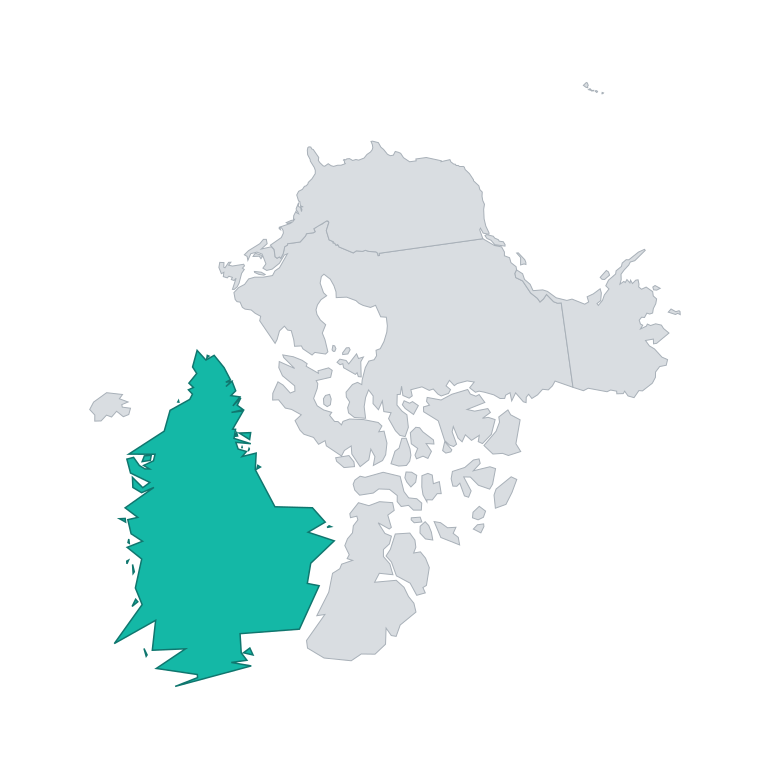 map of Greenland with Canada, United States of America and Iceland greyed out, rotated 172°
{"feature_id": "GRL", "entity_name": "Greenland", "entity_type": "country or territory", "adm_level": 0, "iso_a3": "GRL", "parent_name": "North America", "parent_adm1": "", "projection": "mercator", "projection_center": [-41.68, 71.708], "detail": "medium", "context": "with_neighbors", "style": "filled", "palette": "teal", "viewbox_px": 768, "rotation_deg": 172, "n_neighbors": 3, "source": "natural_earth", "source_scale": "50m", "svg_char_len": 14234}
<svg xmlns="http://www.w3.org/2000/svg" viewBox="0 0 768 768"><g transform="rotate(172 384 384)"><path d="M265.9,514.1L255.4,505.8L248.5,503.4L246.4,498.0L246.9,494.2L242.1,491.6L241.4,486.5L236.9,481.8L236.8,478.5L238.9,475.3L238.8,471.1L232.4,466.8L226.1,453.7L220.1,447.4L218.1,443.5L214.3,446.0L210.6,450.1L204.6,441.9L200.9,439.8L197.2,439.6L197.3,354.4L214.2,363.1L217.5,358.7L222.1,355.3L227.7,356.7L233.4,351.9L239.6,349.1L242.2,353.7L245.0,351.1L245.9,345.8L248.5,347.0L254.9,356.9L259.9,349.5L260.4,357.8L265.1,356.0L266.5,352.9L271.1,353.5L276.8,358.0L285.7,361.9L290.9,363.7L294.6,363.1L299.7,368.3L294.4,373.4L301.2,375.5L311.4,374.3L314.6,372.6L318.7,378.5L322.8,373.5L318.9,369.2L321.4,365.7L329.0,364.2L332.1,366.6L335.9,372.2L340.1,371.4L346.8,375.9L358.2,374.6L357.7,368.3L361.1,366.5L366.9,370.0L366.9,379.4L369.3,371.5L372.4,371.7L374.1,361.3L370.0,354.7L365.6,350.3L365.9,337.7L370.4,329.0L375.4,330.9L379.2,336.2L384.3,349.1L381.0,354.6L388.0,356.7L388.0,367.5L393.1,359.3L397.6,366.1L396.4,373.7L400.1,380.3L404.1,373.2L406.8,364.3L407.0,352.6L418.0,355.0L423.1,360.3L423.3,365.6L420.5,371.0L423.1,376.4L422.7,381.2L415.3,387.9L410.0,389.3L406.1,386.5L405.0,391.2L400.2,402.9L395.8,408.8L390.4,409.4L387.4,413.0L387.2,418.5L382.8,419.5L378.1,426.1L374.0,435.0L372.6,441.1L372.4,449.8L377.9,451.0L381.4,463.1L386.7,461.7L393.7,464.7L397.5,467.3L400.2,470.5L408.9,475.2L419.3,476.2L418.7,481.9L419.9,488.3L422.6,495.3L428.2,501.1L431.1,499.1L433.2,492.8L431.2,482.8L428.5,479.4L434.6,476.3L438.9,471.6L441.0,466.9L440.7,462.2L438.1,456.2L433.5,450.8L438.0,443.0L436.3,436.1L435.1,423.7L437.7,421.8L448.1,424.9L451.2,422.7L459.4,430.1L460.5,433.2L467.3,433.8L467.2,440.3L468.4,449.7L471.9,450.8L474.6,455.1L480.1,451.1L483.7,442.9L486.2,439.4L498.3,463.9L496.7,468.2L501.8,472.0L505.2,475.8L511.2,477.5L513.6,479.6L515.1,485.1L518.1,486.0L519.6,488.4L519.9,495.4L514.4,499.8L508.2,502.0L503.4,506.9L497.0,507.8L488.9,506.6L479.3,506.9L476.2,511.2L471.3,513.7L461.5,526.4L464.8,525.5L470.8,518.1L478.8,513.3L484.4,512.8L487.8,515.6L484.2,519.4L486.6,529.6L491.5,532.3L497.8,531.6L501.6,525.4L501.8,529.4L504.3,531.4L499.6,534.9L487.5,540.2L483.3,544.0L480.4,543.6L480.2,539.2L486.8,534.7L476.5,535.6L474.1,532.5L474.1,525.1L472.4,523.4L469.9,524.4L468.6,522.9L465.7,527.1L463.2,533.8L460.4,534.9L460.0,536.3L447.3,536.3L441.1,541.5L439.9,543.6L432.7,543.6L431.0,544.4L431.9,547.5L427.0,550.1L423.1,550.9L418.7,553.6L416.0,552.1L419.8,543.9L418.3,534.4L414.3,531.9L414.8,530.9L413.2,530.3L412.2,528.1L410.5,528.5L410.7,528.0L409.8,527.4L409.5,526.0L396.2,518.1L392.8,519.7L386.9,518.3L383.9,519.0L380.2,517.3L373.7,516.0L372.5,515.0L371.9,511.9L370.6,511.9L370.6,514.1L265.9,514.1ZM412.8,422.6L415.6,418.8L420.8,418.9L420.7,420.5L416.3,425.0L413.6,424.9L412.8,422.6ZM428.7,318.0L424.6,311.1L424.7,306.3L435.2,306.8L441.7,314.1L442.1,317.7L428.7,318.0ZM426.7,425.6L428.2,423.2L429.7,423.4L430.7,425.0L429.2,429.3L427.5,428.6L426.7,425.6ZM376.4,288.2L374.4,293.8L368.9,292.8L364.3,289.0L366.3,282.4L371.7,278.3L375.0,283.6L376.4,288.2ZM375.6,247.7L366.7,247.1L365.7,242.1L373.4,242.4L376.0,245.7L375.6,247.7ZM364.5,224.8L369.1,231.4L368.0,238.1L362.4,241.9L359.4,237.6L357.7,230.7L357.4,222.7L364.5,224.8ZM397.1,296.7L380.9,290.3L379.2,274.7L375.4,267.8L367.5,265.8L363.2,260.8L364.6,253.9L372.4,255.0L376.6,260.4L384.0,260.3L387.3,265.7L386.4,271.7L393.2,278.9L403.8,280.8L409.8,277.5L423.6,277.3L427.7,283.0L428.5,289.1L426.2,292.9L420.5,296.0L415.7,294.2L397.1,296.7ZM309.7,236.4L315.0,239.2L313.7,244.6L306.7,249.6L301.1,244.0L304.1,238.2L309.7,236.4ZM308.8,223.1L315.7,227.9L311.1,231.6L304.8,231.6L304.9,228.9L308.8,223.1ZM520.9,498.8L515.7,509.4L518.1,507.4L520.7,508.7L519.3,510.7L522.7,512.3L524.4,510.9L528.2,512.7L527.0,516.9L529.7,515.9L531.3,522.4L529.7,527.3L525.6,526.5L526.4,521.9L525.3,521.2L520.9,526.1L518.7,525.9L521.3,523.3L517.7,521.9L506.3,522.1L505.7,520.4L508.1,518.4L506.4,516.9L509.6,513.4L513.5,504.0L515.9,500.6L519.2,498.5L520.9,498.8ZM411.0,397.5L421.7,405.7L422.0,409.8L424.8,409.2L427.5,412.0L424.2,414.7L418.3,412.6L416.1,408.8L407.0,417.7L405.7,412.8L400.6,413.6L403.9,409.3L405.6,394.2L408.4,394.9L409.1,398.9L411.0,397.5ZM432.5,323.7L436.1,318.6L449.7,330.8L450.2,336.1L457.2,333.4L461.2,340.9L470.3,345.4L473.6,349.9L477.2,360.1L470.2,365.0L479.1,371.7L485.1,373.9L490.6,383.0L496.5,383.6L495.4,390.3L488.7,400.9L484.1,397.0L478.1,388.1L473.2,389.3L472.7,394.6L483.4,406.3L485.9,414.8L484.6,420.8L470.3,411.8L479.6,424.1L480.2,426.9L470.0,423.6L461.8,418.9L457.3,414.8L458.6,412.4L447.4,403.7L447.5,406.3L436.6,407.7L433.4,404.7L435.9,398.1L450.7,396.8L449.5,393.5L450.8,388.8L455.7,379.5L453.2,371.7L447.4,366.7L439.7,363.2L442.2,360.5L438.2,353.8L434.8,353.2L431.8,349.4L429.8,352.7L423.0,354.1L409.2,351.6L395.1,346.7L391.9,342.7L395.9,337.4L390.5,337.3L389.3,325.1L392.2,313.7L396.1,308.4L405.9,304.8L403.1,313.4L406.1,321.4L409.6,311.0L419.1,305.5L425.6,319.1L425.1,327.2L432.5,323.7ZM373.1,300.2L380.9,300.7L388.2,304.1L382.5,315.9L378.0,318.4L373.9,327.7L369.6,327.2L367.3,316.2L367.3,309.7L369.3,304.0L373.1,300.2ZM265.8,271.0L272.3,258.9L280.0,247.8L291.0,245.5L290.5,258.7L287.6,264.4L271.0,274.4L265.8,271.0ZM228.6,483.4L232.2,482.9L231.1,490.2L234.4,495.2L232.8,495.2L227.3,487.5L226.6,484.7L226.8,482.6L228.6,483.4ZM331.5,214.1L349.1,224.1L353.5,240.8L347.3,238.8L341.1,232.8L332.7,232.1L336.3,226.5L331.8,221.8L331.5,214.1ZM263.4,516.9L261.5,517.7L255.2,515.1L254.1,513.1L250.7,511.0L250.0,509.4L246.1,508.3L244.7,505.1L245.0,503.7L254.9,506.6L258.0,511.4L261.8,513.8L263.4,516.9ZM270.8,295.9L276.2,298.8L285.9,299.5L293.6,309.2L279.6,321.6L274.9,330.2L274.9,335.4L264.9,341.1L262.9,335.9L254.2,329.6L261.7,306.5L258.0,298.1L270.8,295.9ZM322.7,275.2L326.1,272.6L330.0,273.3L330.7,280.8L328.4,287.9L315.6,290.1L306.0,296.3L300.3,296.6L299.8,292.0L307.7,285.6L290.6,287.3L285.3,284.7L290.4,269.7L294.0,265.2L304.6,270.6L311.4,279.8L318.0,280.9L312.6,266.0L316.0,260.1L319.9,262.0L322.7,275.2ZM327.6,314.4L331.8,319.6L335.4,340.0L348.6,351.0L348.1,355.8L341.9,356.7L344.3,360.8L343.1,364.7L329.7,360.2L318.2,364.4L301.9,366.9L299.9,362.0L294.7,359.1L291.3,360.3L286.7,351.7L305.3,347.2L298.0,344.5L284.6,345.2L282.6,341.0L291.3,336.3L285.5,336.5L278.9,333.3L284.7,319.2L294.8,311.3L298.7,313.8L296.8,319.9L305.2,316.0L310.5,322.4L314.7,315.9L318.2,320.1L321.3,332.2L323.2,327.2L320.5,314.3L323.8,312.4L327.6,314.4ZM350.6,319.2L346.4,310.7L350.9,304.2L355.4,307.1L362.2,305.4L363.2,309.3L359.6,315.5L365.3,321.0L364.7,332.1L358.5,336.7L354.8,335.7L352.2,331.2L342.8,321.7L342.9,317.6L350.6,319.2ZM327.3,307.5L332.4,307.0L335.2,309.9L331.9,318.5L326.0,309.4L327.3,307.5ZM357.9,261.3L360.8,268.8L360.9,276.8L359.2,287.9L353.0,289.4L348.9,287.1L349.0,278.4L342.8,279.6L342.6,267.5L346.6,268.0L352.3,262.5L357.6,263.4L357.9,261.3ZM364.7,195.9L370.0,178.7L373.8,177.0L372.2,171.4L381.0,170.2L385.8,183.1L398.4,192.3L401.4,206.7L405.9,213.4L400.7,219.4L393.7,233.9L379.2,232.8L375.1,225.1L375.2,217.9L378.2,212.5L371.3,212.7L367.1,205.7L364.7,195.9ZM384.1,153.7L401.5,143.1L407.1,132.4L411.8,133.9L415.9,142.0L418.7,126.1L430.5,117.7L444.1,119.8L455.0,114.5L481.5,121.0L496.5,133.1L496.4,140.8L474.6,164.0L482.8,163.9L467.7,185.5L461.3,203.7L453.5,207.2L451.0,211.5L439.6,213.7L444.8,216.2L442.2,219.8L445.3,229.4L441.7,235.8L435.9,241.0L434.1,247.9L428.8,253.1L429.3,256.9L435.8,256.3L435.9,260.3L425.8,270.0L415.9,265.6L404.8,268.1L392.0,265.3L391.5,257.4L398.5,253.6L396.7,241.0L399.0,239.7L409.1,247.4L403.9,235.9L397.8,232.3L400.9,224.9L407.6,220.2L408.6,213.2L403.3,205.1L401.7,193.9L415.0,197.2L420.9,189.0L399.2,187.9L392.5,179.9L389.3,170.1L384.9,162.7L384.1,153.7ZM446.0,377.9L443.5,380.8L439.3,381.3L438.4,376.5L440.0,370.9L443.4,369.5L446.4,372.3L446.0,377.9ZM366.4,356.8L368.7,360.9L366.4,364.6L361.3,361.4L358.2,362.6L353.0,357.8L359.0,349.7L366.4,356.8ZM486.4,509.0L487.8,508.5L492.7,510.0L496.6,512.5L496.7,513.5L490.0,511.8L486.4,509.0ZM488.4,525.2L489.7,527.9L495.9,528.5L494.1,530.7L492.7,531.1L487.9,528.8L486.9,526.9L488.4,525.2Z" fill="#d9dde1" stroke="#a8b0b8" stroke-width="1"/><path d="M265.9,514.1L370.6,514.1L370.6,511.9L371.9,511.9L372.5,515.0L373.7,516.0L380.2,517.3L383.9,519.0L386.9,518.3L392.8,519.7L396.2,518.1L409.5,526.0L409.8,527.4L410.7,528.0L410.5,528.5L412.2,528.1L413.2,530.3L414.8,530.9L414.3,531.9L418.3,534.4L419.8,543.9L416.1,551.6L416.4,552.8L417.7,553.6L431.9,547.5L431.0,544.4L432.7,543.6L439.9,543.6L441.1,541.5L447.3,536.3L460.0,536.3L460.4,534.9L463.2,533.8L465.7,527.1L468.6,522.9L469.9,524.4L472.4,523.4L474.1,525.1L474.1,532.5L477.2,537.3L465.3,543.3L462.6,547.5L462.6,550.3L463.8,553.0L465.4,553.1L465.0,551.2L466.2,552.4L465.9,553.8L454.8,555.9L451.7,557.4L457.2,556.4L458.4,557.4L453.1,558.9L450.7,558.9L450.8,558.3L449.6,559.6L450.7,559.9L449.9,563.4L447.2,567.2L446.9,565.9L444.8,564.4L445.6,567.1L446.5,567.9L446.6,569.8L443.3,575.5L444.1,572.0L442.1,570.2L441.7,566.2L441.0,568.3L441.8,571.3L439.3,570.6L441.9,572.1L442.0,576.6L443.1,577.0L444.1,583.3L441.7,586.7L437.7,588.1L435.3,590.8L433.4,591.1L431.5,592.7L430.9,594.2L426.8,597.2L422.8,601.9L422.3,605.1L422.9,608.1L425.9,614.9L425.9,616.7L427.7,621.7L427.4,626.2L426.5,628.7L425.3,629.3L423.5,628.8L422.9,626.9L421.4,626.0L417.1,617.4L417.9,614.6L416.8,612.2L413.9,608.5L412.4,607.9L408.6,609.9L406.1,607.6L403.7,606.5L399.4,607.1L396.1,606.6L391.6,607.6L392.3,608.7L392.2,610.5L393.0,611.4L392.3,611.9L390.9,611.3L389.5,612.1L386.8,612.0L383.9,609.7L380.6,610.2L377.9,609.2L372.3,610.5L368.9,613.7L365.1,615.6L363.1,617.6L362.2,619.6L362.2,622.5L363.1,626.0L361.6,626.1L356.0,623.8L354.1,618.9L351.8,616.4L348.6,611.0L346.0,609.2L342.9,609.3L340.5,612.7L337.4,611.4L335.4,610.1L333.2,605.4L327.7,600.5L321.1,600.5L321.1,602.4L310.6,602.4L296.2,597.1L296.6,596.2L287.5,597.0L286.9,594.7L284.4,592.1L282.6,591.6L282.2,590.3L280.1,590.1L278.8,588.8L275.2,588.4L274.3,587.6L273.8,585.1L270.1,580.4L267.0,573.9L267.1,572.8L262.5,567.1L262.0,563.1L260.0,560.4L260.8,556.3L260.7,552.0L259.5,548.0L261.0,543.1L261.9,533.5L261.2,526.2L258.9,518.8L259.4,517.7L264.8,519.6L266.8,524.9L267.8,523.4L265.9,514.1ZM197.3,354.4L197.2,439.6L200.9,439.8L204.6,441.9L210.6,450.1L214.3,446.0L218.1,443.5L220.1,447.4L226.1,453.7L232.4,466.8L238.8,471.1L238.9,475.3L236.8,478.5L231.4,473.9L230.3,468.0L225.4,462.4L223.4,455.7L213.7,455.1L209.3,453.0L201.5,445.4L191.3,441.3L186.0,441.9L174.1,435.1L169.9,436.8L170.7,442.1L164.2,444.1L156.7,448.2L156.1,443.9L157.8,436.4L161.9,434.0L160.8,432.0L156.0,436.4L153.4,441.5L148.0,446.8L150.7,450.4L147.2,455.6L139.3,460.7L138.4,463.8L132.5,467.4L131.3,470.6L126.9,473.4L124.3,472.9L113.7,479.2L107.3,481.1L106.7,480.0L118.5,471.2L123.2,470.5L125.1,467.7L130.3,463.5L134.0,459.7L134.6,454.3L136.5,450.0L132.2,452.2L131.0,450.9L128.9,453.6L126.4,449.9L125.4,452.5L124.0,448.9L120.2,451.8L117.9,451.8L117.6,447.4L118.3,444.7L115.8,442.0L110.9,443.5L105.1,438.1L105.1,433.7L102.2,430.3L103.7,425.7L106.8,421.2L108.1,416.9L111.2,416.3L113.8,417.6L116.8,413.6L119.6,414.3L122.4,411.7L121.7,407.7L119.6,406.2L122.4,402.8L116.1,404.8L114.9,406.7L111.9,404.8L106.6,405.8L101.1,403.7L99.5,400.1L94.7,394.8L108.4,386.3L111.5,386.3L111.0,391.0L119.0,390.7L115.9,384.8L111.3,381.1L105.0,371.9L99.8,368.7L101.9,363.3L108.6,362.9L113.4,358.1L114.3,352.8L118.1,347.5L129.0,341.2L132.5,342.0L138.3,335.7L144.0,338.2L146.7,343.4L148.4,341.2L154.8,341.9L154.6,344.5L160.4,346.5L164.2,345.3L182.4,351.4L187.4,349.6L197.3,354.4ZM81.0,411.5L83.3,413.1L85.7,412.3L92.5,415.6L89.3,418.3L85.0,415.0L81.7,415.5L80.8,414.7L81.0,411.5ZM142.7,649.7L145.0,652.0L141.7,654.4L140.7,653.8L140.2,651.3L141.0,650.2L141.0,649.0L142.7,649.7ZM140.5,647.0L138.9,647.8L137.8,646.3L138.2,646.0L140.5,647.0ZM137.6,645.3L137.5,645.8L135.5,645.6L135.8,645.1L137.6,645.3ZM132.8,643.1L134.2,644.7L134.0,645.0L132.4,644.8L131.8,643.7L132.8,643.1ZM127.8,641.1L127.4,642.4L126.1,641.7L126.9,641.0L127.8,641.1ZM100.9,439.0L103.9,439.7L104.3,442.6L101.9,443.8L97.2,440.3L100.9,439.0ZM151.0,456.8L153.5,457.3L155.1,459.5L148.0,465.5L146.1,463.7L145.5,460.4L151.0,456.8Z" fill="#d9dde1" stroke="#a8b0b8" stroke-width="1"/><path d="M675.6,387.5L674.7,393.5L679.0,399.7L674.1,406.5L659.9,414.0L644.4,410.0L648.1,406.2L639.9,401.8L646.5,400.1L646.4,397.5L638.4,395.3L641.0,389.3L646.7,387.9L652.6,394.2L658.4,389.2L663.1,391.8L669.3,386.8L675.6,387.5Z" fill="#d9dde1" stroke="#a8b0b8" stroke-width="1"/><path d="M554.7,123.3L632.9,113.6L609.5,119.2L609.3,122.3L649.1,134.0L617.4,149.4L650.5,152.6L643.0,181.8L687.2,164.5L654.2,199.2L658.6,216.6L648.3,244.4L661.1,258.0L645.0,261.9L655.3,270.9L656.6,285.3L646.4,286.2L657.6,297.4L626.2,313.6L639.2,310.1L647.1,316.5L646.1,326.5L637.3,314.9L629.6,319.1L647.4,331.1L649.1,345.4L642.2,346.2L637.6,337.3L632.6,333.2L628.0,332.5L633.4,336.8L623.0,340.0L620.5,346.3L646.5,350.1L608.2,367.9L599.5,387.7L578.5,395.8L575.1,400.6L578.5,405.5L573.2,407.1L577.1,412.0L568.0,420.5L571.2,427.5L564.4,443.3L557.0,432.5L548.2,436.0L540.1,422.5L535.5,409.6L540.4,407.8L534.9,407.9L540.9,403.5L534.1,407.8L531.8,397.9L537.2,393.8L528.5,391.3L536.7,383.4L527.7,390.3L532.3,383.4L527.0,378.2L539.0,377.1L527.2,376.9L540.2,360.3L537.3,359.8L540.1,351.0L524.2,343.4L538.8,346.8L537.5,339.9L529.6,336.3L534.6,331.9L520.2,333.4L523.4,317.1L509.1,277.6L472.1,271.4L461.4,255.4L479.8,247.8L455.1,235.6L481.5,216.7L487.7,197.2L476.3,193.2L501.9,153.0L561.3,156.8L562.8,137.6L558.2,129.5L574.0,129.5L554.7,123.3ZM524.8,347.7L534.2,355.6L522.8,354.4L524.8,347.7ZM634.3,340.8L631.3,346.2L624.4,345.8L626.0,340.9L634.3,340.8ZM560.6,137.4L553.6,141.2L551.4,133.9L560.6,137.4ZM664.4,198.8L659.9,205.4L658.1,202.6L664.4,198.8ZM659.1,283.2L664.7,287.4L659.0,286.9L659.1,283.2ZM659.6,262.6L658.3,266.0L658.4,261.7L659.6,262.6ZM521.7,317.5L520.3,321.0L517.9,319.0L521.7,317.5ZM657.4,147.5L658.5,155.5L656.3,148.7L657.4,147.5ZM538.8,352.9L536.7,356.2L536.2,352.9L538.8,352.9ZM658.8,231.3L658.1,240.3L657.4,232.8L658.8,231.3ZM460.3,249.9L458.1,251.2L456.3,250.1L460.3,249.9ZM527.8,336.4L526.6,338.9L526.4,338.4L527.8,336.4ZM663.4,244.4L661.5,245.1L663.6,241.7L663.4,244.4ZM555.7,434.7L555.0,436.9L553.5,436.0L555.7,434.7ZM533.9,340.2L533.3,341.4L533.2,341.0L533.9,340.2ZM590.7,394.9L589.8,396.1L589.7,394.6L590.7,394.9Z" fill="#14b8a6" stroke="#0f766e" stroke-width="1.5"/></g></svg>